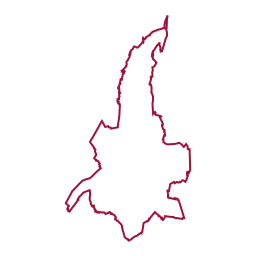 Tepeyahualco, Puebla, Mexico
{"feature_id": "50627088B49608937685636", "entity_name": "Tepeyahualco", "entity_type": "district", "adm_level": 2, "iso_a3": "MEX", "parent_name": "Mexico", "parent_adm1": "Puebla", "projection": "equal_earth", "projection_center": [-97.469, 19.519], "detail": "fine", "context": "isolated", "style": "outline", "palette": "rose", "viewbox_px": 256, "rotation_deg": 0, "n_neighbors": 0, "source": "geoboundaries", "source_scale": "gbopen_adm2", "svg_char_len": 5764}
<svg xmlns="http://www.w3.org/2000/svg" viewBox="0 0 256 256"><path d="M94.2,158.3L95.4,159.5L96.0,159.8L95.9,160.0L96.0,160.6L97.7,160.8L99.7,163.4L99.0,164.3L100.1,165.7L99.5,166.5L100.8,168.2L97.1,171.3L91.3,177.1L89.8,178.2L84.3,179.9L82.6,180.6L80.1,183.0L72.8,190.7L72.1,191.3L72.1,191.5L65.8,203.2L66.3,203.8L68.9,206.1L68.8,206.3L67.9,207.3L67.3,208.7L68.0,208.9L67.8,209.9L68.7,210.2L68.4,211.0L69.3,211.2L69.2,211.5L69.5,211.6L73.2,206.4L74.6,205.0L75.3,203.6L76.6,202.3L77.1,201.1L78.4,199.9L77.7,199.2L79.2,197.2L79.2,196.9L81.5,194.8L83.0,193.0L84.2,192.2L89.6,190.2L89.8,190.8L89.8,191.5L90.1,192.4L90.0,193.8L90.2,194.5L90.0,195.9L89.7,197.3L89.7,199.1L89.9,200.2L90.9,202.6L90.8,204.3L91.8,205.1L92.0,206.1L93.9,205.6L94.1,206.0L94.0,206.7L94.1,207.4L94.3,207.9L94.1,207.9L94.4,208.2L94.5,209.0L94.7,208.9L95.1,209.3L95.2,210.0L95.5,209.9L95.8,210.4L95.6,211.3L95.3,211.7L96.6,212.0L96.6,211.8L96.9,211.7L97.1,211.0L97.2,211.7L97.7,211.7L97.5,212.5L99.2,212.7L99.9,212.0L102.8,212.6L103.5,212.3L104.5,212.6L105.2,213.3L105.5,214.0L106.7,213.5L107.5,214.0L107.2,213.6L107.9,212.8L108.4,213.1L108.9,212.9L109.4,212.1L109.6,212.0L110.5,212.6L110.7,212.9L110.9,213.0L111.0,213.3L111.6,213.5L111.4,213.8L111.7,213.8L111.8,214.1L112.2,214.1L114.2,215.0L115.7,217.0L115.8,217.3L115.6,217.4L115.7,217.6L115.4,218.0L115.6,218.6L115.4,218.8L115.6,219.0L115.4,219.3L116.1,219.3L116.6,220.4L117.0,220.8L118.3,221.3L118.9,222.2L120.6,223.7L121.6,225.2L122.0,226.1L122.0,227.5L122.6,228.7L122.7,230.1L122.6,230.5L123.4,232.2L123.6,233.3L124.7,237.0L125.4,237.6L125.6,238.2L128.0,239.3L127.9,239.8L128.7,240.6L131.1,239.4L133.5,237.3L136.3,235.7L135.6,236.3L137.7,235.4L137.8,234.9L140.1,233.4L140.7,233.5L140.9,233.0L141.2,233.1L141.1,232.8L142.2,232.0L143.5,223.7L143.8,223.0L146.0,221.7L147.7,221.3L148.0,220.8L147.6,221.0L147.5,220.8L148.7,220.4L149.0,219.5L148.9,219.3L149.0,218.7L149.6,218.8L149.7,218.4L152.0,215.6L154.8,212.2L154.9,212.3L155.5,211.5L155.1,212.5L159.3,215.8L159.0,216.3L159.8,216.4L160.7,217.1L161.3,218.6L162.0,218.0L162.4,219.3L162.7,220.0L162.9,220.1L165.4,216.6L165.3,216.2L170.1,216.8L170.7,217.0L172.1,216.9L173.5,217.0L174.1,217.7L182.6,218.9L183.1,217.8L184.2,218.0L178.7,200.3L177.9,200.0L177.6,198.8L175.0,198.2L175.3,199.3L168.2,197.6L168.3,196.7L167.9,196.6L167.8,196.0L168.1,195.3L168.2,194.9L167.8,193.2L167.8,192.2L167.4,190.8L166.7,190.3L169.0,191.0L170.2,184.1L174.1,181.9L174.8,183.2L176.8,182.0L178.7,182.6L179.5,182.0L180.0,182.3L180.6,182.2L182.3,180.3L183.1,180.3L183.7,180.6L185.4,181.9L185.6,181.5L185.7,180.7L186.6,179.7L186.7,178.8L187.8,176.0L187.3,175.7L187.6,175.0L187.3,174.8L186.6,175.3L187.0,174.5L187.7,173.5L187.0,173.1L187.0,172.7L187.2,172.0L188.7,171.6L189.1,172.4L190.2,170.3L189.6,149.3L187.8,149.2L187.6,146.3L186.1,144.1L183.8,146.9L181.8,144.5L179.1,142.8L177.3,143.4L174.8,143.9L167.9,144.4L167.2,144.3L165.9,143.8L165.3,143.5L164.3,142.6L163.4,142.3L163.5,139.8L162.8,139.2L163.6,137.7L163.6,136.7L164.2,135.4L164.8,135.8L165.1,135.4L164.6,132.3L164.0,131.8L164.4,131.2L164.3,130.3L164.5,130.1L163.0,128.9L162.0,126.0L162.7,125.1L162.2,124.6L162.9,123.8L159.8,117.2L161.1,116.5L161.0,116.4L160.7,116.1L155.8,114.8L154.8,113.9L155.6,112.9L155.1,112.1L154.8,112.6L153.9,112.4L153.1,113.6L152.5,104.1L152.6,102.7L152.9,101.7L153.0,96.5L152.4,94.6L151.3,92.1L151.6,91.8L151.5,89.4L151.6,87.6L151.4,87.1L151.4,85.9L151.2,85.4L150.9,85.3L150.7,84.6L150.0,84.8L149.6,84.5L149.5,84.2L149.6,83.4L150.1,82.4L150.7,80.3L150.7,80.1L151.1,79.0L150.7,77.4L150.9,77.0L151.6,77.3L151.8,77.1L152.0,76.7L151.8,76.2L152.4,76.1L152.4,73.7L152.1,72.5L152.8,70.4L152.4,67.3L152.9,67.3L153.1,67.0L154.4,66.3L154.9,65.3L155.6,64.3L156.0,63.4L156.0,62.3L156.2,62.2L153.6,59.4L153.1,59.1L152.7,57.8L152.9,57.3L152.6,56.9L152.0,56.6L152.1,54.5L153.0,55.3L153.1,54.9L152.9,54.4L152.6,54.4L152.7,53.8L153.0,54.0L152.8,52.3L153.3,51.7L152.9,51.2L154.3,49.8L156.0,46.9L156.4,46.6L157.0,45.3L157.6,45.0L157.8,44.7L158.7,44.1L159.4,43.4L159.4,43.2L159.6,43.3L159.1,44.4L159.2,44.7L160.2,46.4L160.2,47.0L160.5,47.7L160.3,49.2L160.5,50.4L160.6,52.5L160.9,50.7L161.4,50.6L162.1,50.9L165.1,40.6L165.3,39.4L165.5,39.2L167.0,35.6L167.0,33.4L166.8,31.5L166.3,30.1L166.6,28.0L167.0,18.9L167.7,15.4L166.5,18.0L165.2,21.4L164.4,25.0L164.5,28.4L163.7,28.1L162.8,28.1L162.1,28.6L160.5,29.1L157.2,29.9L155.9,30.7L154.8,30.8L154.4,31.2L153.8,31.5L153.4,31.4L152.4,31.9L151.9,32.7L150.5,33.8L149.9,34.5L149.9,35.1L149.5,35.0L145.7,37.5L145.8,38.1L144.9,39.1L144.5,39.3L144.0,39.2L143.1,37.9L142.8,38.9L143.3,40.6L143.0,41.1L143.5,41.5L143.3,42.4L142.8,41.9L138.4,47.1L137.9,47.5L137.1,47.6L135.6,46.8L134.6,46.8L134.1,46.4L134.0,46.5L132.5,49.3L131.2,50.1L130.6,51.7L129.9,52.2L130.0,52.9L130.5,53.1L130.4,53.4L130.2,53.6L130.2,54.7L130.1,54.8L129.3,54.6L129.2,55.3L129.8,55.7L129.4,57.2L129.0,58.0L128.6,58.3L128.4,58.8L127.7,60.5L127.1,61.0L126.6,61.7L126.4,62.6L126.5,63.3L126.7,63.6L126.6,64.4L126.7,64.8L125.9,66.2L126.2,66.5L121.8,70.8L122.3,71.1L122.1,71.5L122.9,71.5L123.2,70.7L123.5,71.0L123.9,71.0L124.1,70.7L124.7,71.6L124.1,72.3L123.8,73.4L123.0,73.2L121.8,79.7L120.6,79.2L120.0,82.9L119.7,83.5L120.3,83.7L119.9,84.5L119.1,85.6L119.1,87.3L118.1,87.4L118.2,88.5L119.2,88.5L119.3,90.9L119.1,90.9L119.0,92.1L119.7,92.1L120.0,93.2L119.1,93.3L119.1,95.3L119.6,96.2L118.9,97.6L119.1,97.6L119.2,97.9L119.0,99.1L117.5,99.2L117.5,101.4L118.7,101.5L118.6,102.7L118.2,102.7L118.3,102.9L118.2,103.4L118.5,103.8L119.6,103.8L119.7,105.6L119.9,105.6L119.8,106.9L119.3,116.2L118.0,124.8L117.8,127.3L111.1,128.6L110.7,127.6L108.9,127.4L108.3,126.2L105.2,126.9L101.9,121.0L93.6,135.8L89.9,141.9L94.3,147.9L94.0,148.4L95.4,149.6L95.0,150.3L95.1,151.9L96.1,154.0L96.2,154.9L94.4,157.7L94.2,158.3Z" fill="none" stroke="#9f1239" stroke-width="2"/></svg>